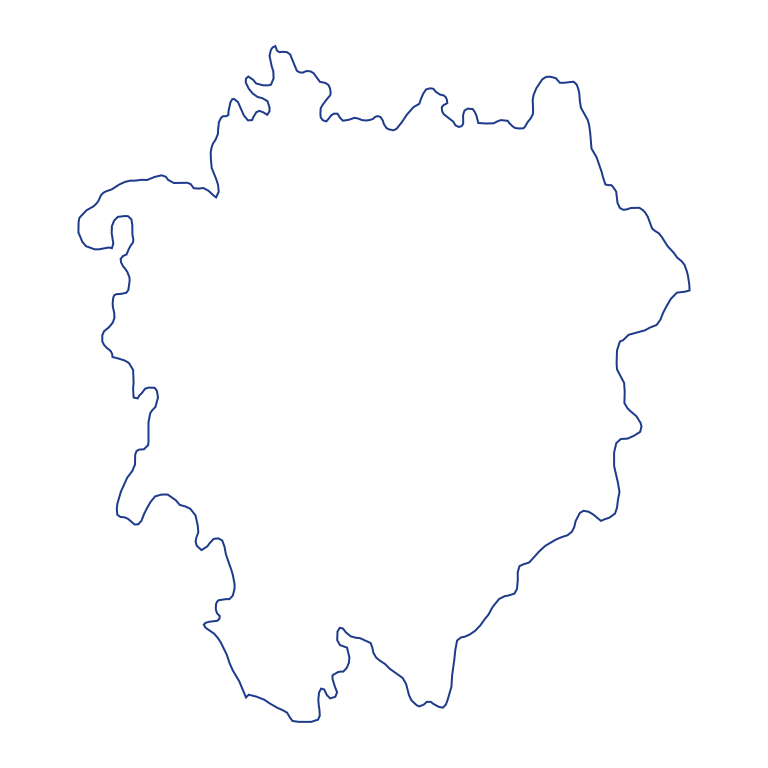 Lahoysk, Minsk, Belarus, rotated 90°
{"feature_id": "67162791B73059269727639", "entity_name": "Lahoysk", "entity_type": "district", "adm_level": 2, "iso_a3": "BLR", "parent_name": "Belarus", "parent_adm1": "Minsk", "projection": "equal_earth", "projection_center": [27.771, 54.364], "detail": "fine", "context": "isolated", "style": "outline", "palette": "blue", "viewbox_px": 768, "rotation_deg": 90, "n_neighbors": 0, "source": "geoboundaries", "source_scale": "gbopen_adm2", "svg_char_len": 6091}
<svg xmlns="http://www.w3.org/2000/svg" viewBox="0 0 768 768"><g transform="rotate(90 384 384)"><path d="M290.4,78.4L284.7,78.7L276.0,80.0L271.5,81.1L265.0,83.4L261.2,86.4L257.6,90.8L252.7,94.3L246.2,100.4L237.0,106.2L233.4,109.0L230.9,113.0L228.5,115.9L216.8,120.2L212.3,123.0L210.3,124.9L207.8,128.6L208.0,137.3L209.4,141.2L209.8,144.7L208.0,148.1L202.9,150.5L191.7,151.8L187.2,154.7L185.2,156.6L185.1,159.5L184.5,162.6L177.3,165.0L172.1,166.3L157.1,171.5L148.6,176.5L132.9,177.8L125.0,178.9L119.9,180.3L107.7,187.1L100.6,188.2L93.6,188.7L88.9,189.7L84.6,191.3L81.7,194.4L82.8,204.2L82.8,208.1L78.1,212.3L76.7,218.0L76.9,221.8L79.2,225.6L88.3,231.7L94.6,234.3L99.8,235.3L109.7,234.9L114.1,235.1L118.2,237.2L122.2,240.4L126.7,243.0L128.3,244.6L128.5,248.9L128.0,252.9L126.4,255.3L123.1,258.7L120.8,260.3L120.1,267.2L121.5,270.9L123.3,274.4L123.5,281.9L123.0,289.7L115.6,291.6L112.2,293.1L109.1,295.2L108.6,300.4L110.6,303.5L114.9,304.9L123.9,304.8L126.1,306.4L127.0,309.1L125.4,312.5L121.6,314.8L114.0,324.5L110.8,326.0L107.2,326.2L104.8,324.2L104.3,322.6L103.0,320.7L99.8,321.1L97.1,322.3L95.3,324.5L94.6,328.0L91.7,332.3L88.8,334.6L88.3,337.9L89.4,341.9L93.7,344.8L99.1,347.1L103.8,348.7L107.2,354.6L115.0,361.4L122.0,366.0L128.9,371.5L130.3,374.6L129.3,379.3L128.0,381.6L123.9,384.2L120.6,385.2L117.0,387.5L116.1,390.5L117.0,393.1L119.0,395.1L120.1,398.7L120.5,402.1L120.1,405.8L118.5,410.1L117.8,413.5L119.8,419.2L120.7,425.1L117.8,428.0L113.7,430.5L113.7,434.0L115.3,436.8L118.2,438.9L121.4,441.7L120.2,445.3L117.3,447.3L113.5,447.6L108.3,447.3L104.7,445.3L98.9,440.9L95.3,437.8L92.8,437.3L88.3,438.0L84.9,439.6L82.9,442.8L81.8,448.1L73.2,454.4L71.4,457.5L71.0,461.5L72.7,465.4L72.3,468.6L70.7,471.2L54.5,477.8L52.2,480.9L51.8,484.8L52.2,488.6L50.6,491.0L46.1,492.7L47.4,495.4L50.0,497.1L55.8,498.5L66.7,496.2L71.3,494.7L78.3,494.4L84.6,497.0L85.3,499.5L85.3,504.9L83.5,511.8L79.6,515.1L76.5,519.7L78.6,522.0L82.4,522.3L88.8,519.2L93.7,515.1L96.9,510.5L98.3,505.4L101.1,500.6L107.4,498.5L111.3,498.5L114.8,500.8L112.4,504.6L110.9,508.5L112.0,511.5L116.6,514.4L120.1,515.9L120.4,520.0L115.5,524.1L102.1,530.0L98.9,534.0L99.3,535.8L102.4,537.6L111.9,539.6L114.9,539.6L116.2,541.7L116.2,545.0L118.0,547.1L122.3,549.1L129.7,549.9L134.0,550.1L139.6,552.4L143.2,554.8L146.3,556.1L152.0,557.3L159.4,557.1L167.9,556.3L179.4,551.7L185.1,549.9L191.8,549.3L197.4,551.9L195.4,554.5L190.7,559.6L188.0,564.7L188.6,569.1L188.2,574.3L184.1,577.3L182.8,580.7L183.0,594.0L180.0,599.8L176.7,602.2L175.3,606.5L176.9,613.2L180.0,621.1L179.8,626.5L180.7,633.1L180.7,638.0L182.0,643.3L184.5,648.7L189.4,656.3L191.4,662.1L192.8,664.7L195.5,667.2L200.4,669.3L203.4,671.4L206.3,674.4L210.3,681.5L217.8,688.6L222.0,689.4L232.4,689.6L241.9,685.6L246.2,682.0L249.3,673.4L249.3,669.1L247.5,659.1L248.2,656.1L243.5,654.7L233.1,656.3L226.1,656.1L220.5,653.8L216.9,650.2L216.0,643.1L216.2,639.9L219.4,636.6L225.0,635.7L234.5,635.6L239.7,634.6L242.6,635.1L245.7,637.4L249.1,639.2L254.5,641.5L256.1,645.1L259.0,647.4L262.4,646.9L266.2,645.0L268.5,643.0L271.9,640.7L277.5,638.5L281.1,638.4L290.1,639.7L292.8,641.8L293.9,647.1L294.2,651.7L295.3,653.8L298.0,654.8L302.7,655.3L306.5,655.2L312.9,653.8L317.6,653.5L322.1,655.0L324.6,656.8L327.3,659.1L331.3,664.0L335.4,665.7L341.5,665.7L345.3,663.7L348.2,660.9L350.0,658.4L351.6,657.0L354.1,655.8L357.0,655.5L358.4,650.1L360.4,643.5L362.9,639.2L369.8,634.9L382.7,634.4L388.3,634.9L397.5,634.4L398.4,630.3L395.5,628.7L392.8,625.9L388.7,622.9L387.6,619.5L387.8,613.4L390.8,611.1L397.5,610.0L407.0,612.6L410.4,615.9L413.3,617.8L422.3,619.5L441.4,619.5L445.0,619.8L449.3,624.1L449.6,628.7L451.1,631.5L454.7,632.8L464.6,633.0L471.0,635.7L477.7,640.8L491.7,647.1L503.9,650.7L509.0,651.2L514.7,650.7L516.9,647.7L517.4,643.3L518.9,639.9L524.5,633.4L524.3,629.7L520.7,626.5L514.4,624.1L508.3,621.1L502.0,617.5L496.4,612.9L494.6,606.7L494.5,600.4L500.2,592.2L504.9,588.3L506.5,582.5L508.9,577.6L515.4,572.5L525.8,570.2L532.3,569.7L537.5,571.6L541.3,572.4L545.6,571.4L550.1,566.5L546.3,560.6L543.1,558.3L538.8,554.2L538.4,549.6L540.6,545.7L546.7,543.5L554.3,542.1L571.0,536.3L575.7,535.0L583.8,533.5L588.5,533.4L595.7,535.2L599.1,538.6L599.1,541.7L600.2,549.3L601.4,550.7L604.1,552.0L609.2,552.2L613.1,551.1L616.0,548.3L618.9,548.6L620.9,550.9L621.6,557.9L622.8,562.4L624.6,564.2L627.7,562.5L633.6,554.0L637.6,550.4L642.3,547.3L654.7,541.2L663.0,538.5L670.4,535.2L681.2,528.8L697.5,522.0L694.7,519.3L696.7,511.3L699.8,503.6L703.6,498.0L707.6,491.0L710.3,485.1L712.7,480.9L717.0,478.4L721.0,475.5L721.9,468.8L721.9,456.9L719.6,449.9L715.6,448.2L709.3,448.6L705.7,449.2L699.4,449.7L692.4,448.9L688.6,446.9L689.5,443.8L695.1,441.1L698.4,437.8L696.8,432.7L692.3,430.9L686.7,433.1L678.9,435.5L675.3,435.5L672.1,430.1L671.6,427.5L671.6,424.7L668.0,421.3L663.1,419.2L657.5,418.6L647.6,421.0L645.1,428.0L640.2,430.8L631.6,430.5L627.8,428.3L628.5,425.1L632.5,422.0L636.3,417.3L637.7,412.5L638.1,408.1L643.0,397.4L647.1,395.8L652.9,394.6L657.6,391.8L660.7,388.1L663.9,383.1L668.8,378.2L678.0,365.3L684.0,361.9L695.2,359.0L700.4,356.5L705.3,351.3L706.4,348.6L704.6,344.2L701.9,341.3L701.9,337.2L703.9,334.6L706.8,329.3L707.7,325.2L704.6,322.1L699.6,320.3L686.8,316.6L674.7,315.8L660.5,313.8L650.0,312.7L640.5,310.9L637.4,306.9L636.7,303.3L634.7,298.6L631.0,293.1L625.4,287.7L619.1,283.2L614.6,279.5L607.0,275.4L598.9,268.8L596.0,262.9L595.7,260.2L593.7,253.7L589.0,251.0L579.5,250.2L572.4,250.3L566.1,248.5L564.3,244.6L562.5,238.8L551.4,228.8L545.8,222.7L539.5,212.0L537.0,206.0L535.2,200.4L531.6,196.0L526.9,193.7L521.1,192.4L513.0,188.2L510.8,184.5L511.7,179.5L514.3,175.0L520.9,167.0L519.5,164.0L517.6,158.5L513.6,153.0L507.7,151.0L500.1,150.1L492.0,148.5L482.6,150.1L466.0,153.9L452.5,153.9L443.1,151.7L439.0,147.2L438.6,140.4L435.9,134.3L431.8,127.8L426.4,126.5L422.8,127.5L416.1,131.7L410.7,138.1L408.0,140.7L403.1,143.6L391.4,143.3L382.9,143.9L369.4,151.0L363.1,151.4L350.5,151.0L341.5,148.1L340.2,144.9L334.8,139.4L330.3,123.0L327.6,118.1L324.9,111.3L319.5,107.5L312.8,104.9L306.1,101.4L298.9,97.2L292.6,91.0L291.7,83.0L290.4,78.4Z" fill="none" stroke="#1e3a8a" stroke-width="2"/></g></svg>